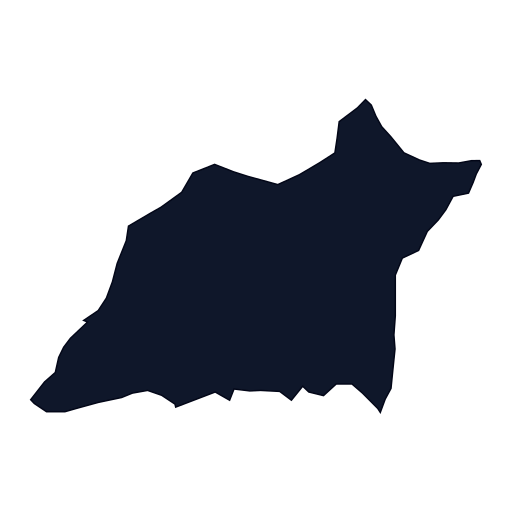 the district of Agia Varvara Pafou, Paphos, Cyprus
{"feature_id": "46923920B68464989729960", "entity_name": "Agia Varvara Pafou", "entity_type": "district", "adm_level": 2, "iso_a3": "CYP", "parent_name": "Cyprus", "parent_adm1": "Paphos", "projection": "robinson", "projection_center": [32.509, 34.758], "detail": "fine", "context": "isolated", "style": "filled", "palette": "ink", "viewbox_px": 512, "rotation_deg": 0, "n_neighbors": 0, "source": "geoboundaries", "source_scale": "gbopen_adm2", "svg_char_len": 1148}
<svg xmlns="http://www.w3.org/2000/svg" viewBox="0 0 512 512"><path d="M30.7,399.7L34.3,403.5L46.5,411.7L65.0,411.7L76.1,408.5L98.3,402.4L121.6,397.5L132.4,393.1L147.6,390.4L161.7,395.3L175.0,404.1L175.7,407.1L215.2,392.0L229.6,400.2L234.0,389.0L249.8,390.9L260.6,390.4L279.7,391.4L291.4,400.2L302.7,386.2L308.8,392.0L323.5,395.6L336.2,384.0L352.0,384.0L362.5,393.1L377.8,408.5L380.3,412.4L385.2,399.1L391.0,388.4L392.7,371.4L395.0,349.0L393.9,334.9L395.3,315.9L395.3,302.1L395.3,288.6L395.3,275.1L402.3,258.1L418.6,250.4L427.3,231.4L438.3,219.9L445.8,209.8L453.1,196.3L468.5,193.1L473.1,182.5L476.3,173.9L481.3,164.4L479.7,160.6L471.4,160.7L458.7,163.0L443.3,162.8L429.8,163.4L419.2,159.9L403.9,152.8L390.8,136.7L381.7,126.7L375.9,116.2L371.3,105.1L365.5,99.6L357.4,107.9L339.2,121.6L337.1,138.3L334.9,152.9L319.7,162.7L299.4,174.7L277.8,184.6L247.9,176.4L233.2,171.7L214.6,164.4L192.9,173.0L181.7,192.3L160.9,207.3L151.0,212.9L128.5,226.1L126.3,240.7L117.2,263.4L112.4,281.9L106.4,298.1L98.2,310.6L83.7,320.4L87.6,322.0L70.5,338.2L63.7,347.2L58.7,357.4L55.3,372.5L44.6,381.9L30.7,399.7Z" fill="#0f172a" stroke="#020617" stroke-width="1.5"/></svg>